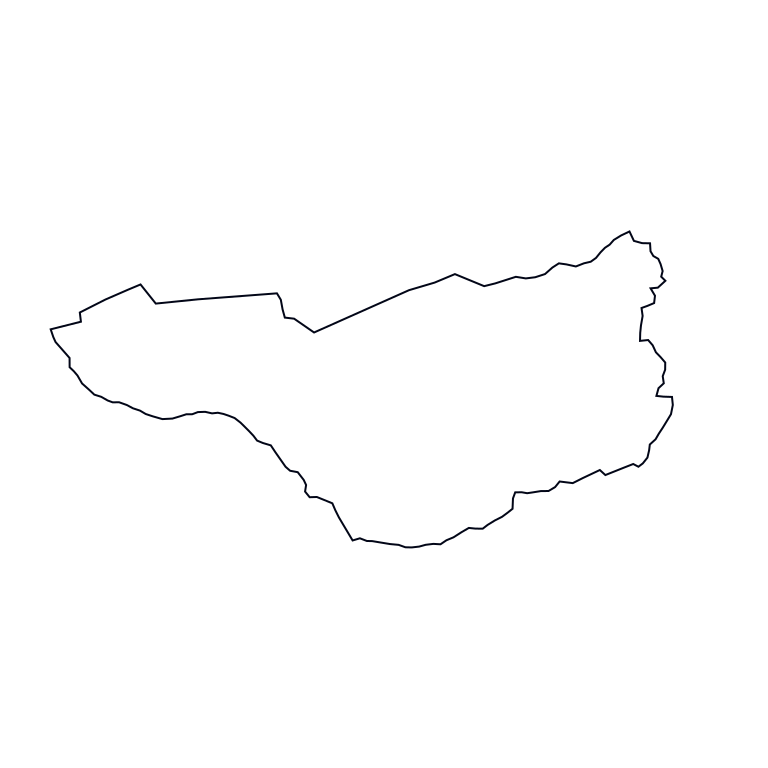 outline of Quixabeira, Bahia, Brazil, rotated 252°
{"feature_id": "56859067B9726767352662", "entity_name": "Quixabeira", "entity_type": "district", "adm_level": 2, "iso_a3": "BRA", "parent_name": "Brazil", "parent_adm1": "Bahia", "projection": "mercator", "projection_center": [-40.125, -11.381], "detail": "fine", "context": "isolated", "style": "outline", "palette": "ink", "viewbox_px": 768, "rotation_deg": 252, "n_neighbors": 0, "source": "geoboundaries", "source_scale": "gbopen_adm2", "svg_char_len": 2220}
<svg xmlns="http://www.w3.org/2000/svg" viewBox="0 0 768 768"><g transform="rotate(252 384 384)"><path d="M438.5,137.7L434.1,143.7L429.1,148.1L424.7,154.1L419.1,162.4L416.5,172.1L416.3,180.5L416.3,186.6L414.5,192.3L414.8,198.3L412.8,205.3L409.2,211.4L408.0,217.1L405.1,222.1L401.9,226.4L397.8,231.4L391.6,235.6L386.4,238.3L381.1,241.0L375.2,243.8L369.4,245.8L365.3,250.6L360.6,257.4L352.7,259.6L344.2,262.2L335.7,264.8L330.5,267.9L326.8,274.7L317.6,278.0L312.0,278.7L306.1,275.7L299.3,278.3L297.3,285.2L292.0,291.5L286.5,298.0L278.9,298.7L271.0,299.9L244.9,305.8L244.7,313.4L240.0,319.2L238.2,324.3L234.6,331.2L229.9,340.3L226.5,348.2L222.1,353.9L220.0,359.9L218.5,367.2L218.2,373.9L216.7,381.5L214.1,388.2L216.1,395.1L216.7,402.7L219.1,411.9L220.9,420.2L218.2,426.3L215.9,433.2L218.0,439.1L220.0,447.4L221.2,455.2L223.2,461.2L225.6,467.7L235.3,471.3L240.4,475.3L238.5,481.5L235.9,486.4L235.0,491.7L233.7,500.0L231.4,507.4L233.1,514.9L237.0,520.9L231.4,532.9L233.1,544.0L235.5,562.7L229.0,566.4L230.3,586.2L230.9,596.3L226.7,600.4L228.5,605.6L232.6,611.8L239.1,615.7L244.3,618.1L247.5,625.2L251.9,630.1L256.3,635.6L262.2,642.5L266.6,647.6L274.8,652.2L282.7,653.9L285.6,645.9L288.5,639.4L295.2,643.8L298.2,650.3L305.3,651.5L310.7,655.8L317.5,658.1L324.0,655.4L330.1,652.4L337.8,651.5L344.2,648.8L345.9,640.8L353.5,643.5L360.3,646.5L368.8,651.0L376.7,652.4L376.9,658.7L377.5,665.9L384.2,669.0L392.6,667.1L391.0,674.2L395.2,683.5L400.4,680.8L405.3,683.9L412.6,684.1L418.3,683.5L422.5,679.7L427.9,678.5L435.6,680.5L438.2,673.0L442.9,665.9L453.2,664.6L452.0,655.4L450.0,647.1L446.8,641.7L445.3,636.3L442.3,630.6L438.4,624.6L436.4,618.4L437.0,611.5L436.5,602.8L441.4,594.4L444.7,587.6L442.7,580.1L438.8,571.1L438.8,560.8L440.6,551.5L445.2,542.5L445.3,520.9L446.1,509.5L466.6,485.4L464.8,463.5L465.5,436.8L454.6,333.4L473.9,318.7L477.8,310.2L486.3,310.6L496.0,311.9L503.3,310.2L522.0,233.3L531.0,191.8L553.9,183.2L552.8,169.9L550.4,145.1L546.0,116.8L536.9,115.0L539.0,83.9L530.8,84.0L525.4,84.6L520.1,86.9L514.3,89.4L505.9,93.0L497.1,90.2L492.1,92.9L486.8,95.1L477.8,97.0L469.6,101.8L463.4,105.2L459.2,111.1L453.7,116.1L450.4,120.3L448.5,126.4L443.5,132.9L438.5,137.7Z" fill="none" stroke="#020617" stroke-width="2"/></g></svg>